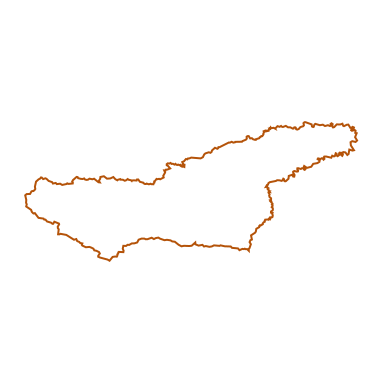 outline of Puerto Rico, Caquetá, Colombia, rotated 268°
{"feature_id": "7082276B35792863392111", "entity_name": "Puerto Rico", "entity_type": "district", "adm_level": 2, "iso_a3": "COL", "parent_name": "Colombia", "parent_adm1": "Caquetá", "projection": "natural_earth1", "projection_center": [-75.023, 2.008], "detail": "fine", "context": "isolated", "style": "outline", "palette": "amber", "viewbox_px": 384, "rotation_deg": 268, "n_neighbors": 0, "source": "geoboundaries", "source_scale": "gbopen_adm2", "svg_char_len": 6075}
<svg xmlns="http://www.w3.org/2000/svg" viewBox="0 0 384 384"><g transform="rotate(268 192 192)"><path d="M223.6,348.5L224.5,349.8L228.9,350.7L227.8,353.8L228.1,355.3L233.0,352.4L236.2,352.2L237.2,353.9L236.3,357.2L237.7,358.8L241.1,356.9L245.0,358.6L245.4,357.2L247.6,357.6L248.3,356.7L247.6,354.0L248.2,353.2L248.9,353.5L249.7,355.7L250.8,356.1L251.5,354.8L250.6,353.5L250.6,352.5L253.9,350.6L253.8,349.0L252.5,346.2L252.9,345.4L255.0,344.7L254.3,342.5L254.5,339.0L251.9,336.4L251.6,335.2L252.6,334.5L255.0,334.9L255.8,333.8L255.2,332.9L253.6,333.3L253.1,332.2L254.0,330.2L253.3,327.2L254.7,325.1L254.3,322.1L255.8,317.6L255.1,316.7L252.9,315.9L252.7,315.3L253.3,314.2L255.4,313.9L257.8,307.9L257.8,306.8L256.9,305.8L254.8,306.2L253.9,305.5L253.1,302.6L251.2,300.8L250.7,299.3L251.1,298.3L252.7,297.9L253.1,297.2L252.9,296.3L251.9,295.8L251.8,295.0L253.2,292.5L253.3,290.2L254.8,288.1L253.8,285.1L254.2,283.9L254.9,283.3L254.1,281.9L254.8,279.7L252.9,277.8L252.9,277.0L252.5,277.2L253.3,275.8L253.0,273.4L253.7,272.9L252.8,272.6L253.0,272.1L252.3,272.1L252.4,271.6L252.0,271.8L251.5,270.8L250.5,270.7L250.1,268.4L250.7,268.6L250.8,268.0L250.4,267.8L250.8,267.3L250.2,265.7L249.0,266.0L247.8,265.3L247.0,265.4L245.4,264.2L245.5,263.2L244.6,262.5L244.4,261.6L243.4,261.1L242.8,258.7L242.1,257.9L242.4,257.5L241.9,256.9L242.6,254.8L243.7,253.7L243.5,252.0L245.9,250.6L245.9,249.3L245.3,248.5L243.4,248.6L242.4,247.7L241.1,244.2L240.5,243.7L240.6,237.0L240.2,236.8L239.9,235.0L240.8,233.4L240.0,231.5L240.2,230.6L235.8,221.0L235.9,220.0L234.7,219.5L234.3,218.8L235.4,216.5L232.8,213.4L231.4,213.0L230.5,211.8L231.1,210.2L230.1,206.7L229.1,205.5L226.4,204.1L225.3,201.8L226.4,192.4L225.7,190.6L225.6,189.0L224.8,188.5L225.2,187.1L223.0,185.1L222.3,183.3L220.3,184.0L220.3,184.4L219.1,184.9L219.2,185.4L217.3,185.2L218.0,183.6L217.6,183.1L218.3,181.9L218.8,182.2L218.6,181.8L219.6,181.2L219.3,180.2L219.9,179.1L219.5,178.2L219.9,177.1L220.7,176.5L220.0,175.4L220.9,173.9L220.8,172.5L221.8,171.6L221.2,170.3L221.5,168.8L220.7,167.7L219.6,167.7L219.0,168.8L216.3,171.0L215.3,168.2L215.2,166.5L214.3,166.2L214.5,165.0L212.4,165.8L209.1,163.8L207.5,164.2L205.8,160.6L206.3,159.6L206.0,157.6L206.3,157.0L204.2,155.3L203.9,154.6L202.7,154.8L202.1,154.0L201.1,153.7L201.2,151.7L201.7,150.9L201.2,149.2L202.0,146.9L201.6,146.3L201.6,145.3L202.4,143.9L203.0,143.7L204.0,140.3L206.4,138.7L206.4,137.4L205.4,137.0L205.7,134.3L205.6,132.5L205.1,132.2L205.9,131.4L206.5,128.9L207.2,128.2L206.0,126.5L205.6,125.2L206.7,123.3L206.8,121.0L207.4,120.7L206.8,118.3L206.3,117.8L207.4,115.9L209.7,113.9L208.4,110.8L208.3,107.5L210.8,104.5L210.2,101.0L208.4,100.7L206.4,99.3L204.8,100.2L205.0,98.9L208.7,94.6L208.2,92.9L208.9,90.0L207.9,88.4L207.8,86.8L208.3,85.4L209.3,84.7L208.8,83.2L209.0,81.4L209.8,78.7L210.9,78.2L211.1,77.2L208.0,73.4L206.5,72.6L205.8,73.2L204.7,73.1L204.4,68.9L205.0,67.6L204.4,67.1L203.6,62.5L204.9,60.5L204.6,57.2L205.8,56.1L205.3,53.3L206.7,52.6L208.1,49.1L210.3,47.0L210.8,45.9L210.1,43.7L211.7,42.3L211.8,41.5L210.7,40.7L210.0,39.1L207.8,36.5L202.8,35.2L200.5,35.5L199.4,34.7L198.5,33.5L198.5,32.3L198.1,31.5L195.7,30.1L195.7,26.7L194.5,25.2L189.9,26.1L187.0,25.8L185.5,26.4L183.3,25.8L179.8,30.6L177.8,31.2L176.3,32.5L176.0,33.1L176.4,34.2L171.5,37.7L170.6,42.7L169.6,43.3L169.5,44.6L167.6,46.1L166.3,50.0L165.1,51.4L165.1,52.2L167.1,53.4L165.1,57.9L164.4,58.1L162.0,56.6L160.5,56.7L159.4,57.5L154.4,56.7L154.3,58.0L154.8,59.1L153.5,64.9L148.4,72.4L149.0,74.7L146.9,75.6L146.1,77.5L145.0,78.4L144.4,80.6L143.1,80.0L142.3,80.5L140.5,84.0L140.7,87.6L139.9,89.5L138.8,91.5L137.1,92.3L136.6,94.4L135.2,97.0L133.7,97.7L131.6,96.1L130.6,96.0L129.7,97.8L127.4,105.3L126.2,107.2L129.9,110.4L130.2,113.0L130.0,114.6L131.0,115.2L132.3,115.2L133.0,116.1L134.2,116.2L134.7,116.8L134.3,121.3L135.7,121.6L137.7,120.8L140.6,121.5L140.4,124.2L141.5,125.8L141.3,127.4L142.7,130.0L142.7,132.7L143.5,135.5L146.2,137.0L147.2,140.0L147.1,142.7L146.4,144.1L146.4,145.9L147.7,150.1L146.3,152.3L147.2,154.2L147.6,156.8L146.5,158.4L144.8,162.8L145.1,165.3L144.4,168.9L143.3,170.5L142.9,173.1L139.7,176.8L138.1,179.6L138.5,182.1L138.1,187.4L138.3,189.8L141.4,193.5L139.6,193.6L138.2,196.7L138.8,200.6L137.1,202.1L137.5,203.9L136.6,207.5L136.9,209.9L137.9,212.1L137.2,217.7L137.7,218.6L136.6,222.8L136.2,228.8L134.8,230.0L134.0,236.0L132.2,237.4L133.4,240.4L133.1,241.9L133.5,242.8L133.0,243.6L133.0,245.1L131.3,246.7L133.2,246.7L133.9,247.5L137.8,249.0L139.9,247.8L141.8,248.7L142.4,250.2L146.6,249.5L149.1,253.6L150.2,254.4L153.0,255.0L154.5,257.9L155.7,258.0L156.4,258.8L156.0,259.2L157.3,261.6L158.0,261.5L159.1,262.4L159.8,263.7L160.4,263.5L161.8,264.2L161.9,267.2L162.6,267.9L162.0,267.9L162.4,268.6L162.0,269.0L162.8,269.5L163.9,269.3L164.0,271.3L164.3,271.6L166.0,271.9L167.6,271.3L168.2,271.7L168.6,270.2L169.8,270.3L170.7,271.9L171.5,272.2L173.0,272.2L174.1,271.1L175.3,272.1L176.5,271.5L176.7,272.0L177.5,272.1L180.0,270.0L180.2,270.7L181.0,270.1L181.0,270.7L183.0,270.8L184.1,269.4L185.8,269.0L187.0,269.5L188.7,268.4L189.5,268.9L189.4,269.4L189.9,269.0L190.2,269.5L190.5,268.7L191.2,268.8L192.2,267.7L193.2,267.6L193.4,268.2L194.1,267.3L194.7,267.3L194.5,266.0L196.5,267.3L196.7,268.2L198.2,268.7L199.1,270.1L200.1,276.2L200.8,277.5L200.6,280.0L200.0,281.9L200.4,282.7L202.1,283.7L201.6,284.4L199.8,284.7L199.4,285.4L199.6,286.2L201.9,288.9L204.7,289.3L205.7,292.7L203.9,293.7L203.8,294.7L205.4,295.1L207.8,293.8L208.8,293.8L209.4,294.9L208.7,297.6L208.9,298.6L209.7,298.8L211.0,298.0L212.0,298.1L212.1,298.9L211.2,301.6L211.9,302.6L212.0,303.7L210.5,304.8L210.2,305.4L210.9,306.1L213.5,304.7L214.1,305.0L212.1,307.7L213.1,312.1L215.9,314.1L216.5,318.3L217.7,320.4L219.0,320.7L220.5,318.7L221.2,319.2L220.5,321.7L221.2,322.8L221.1,323.5L219.7,324.6L220.5,325.5L222.2,325.0L222.8,325.4L222.8,327.2L221.4,332.4L223.4,333.4L222.6,335.1L222.9,336.0L225.7,337.0L225.3,337.8L223.2,338.1L222.7,338.8L223.7,340.2L225.6,340.4L226.2,340.9L226.0,341.9L223.8,342.3L222.9,343.4L224.1,344.1L226.2,343.7L226.6,344.7L226.2,346.7L223.6,348.5Z" fill="none" stroke="#b45309" stroke-width="2"/></g></svg>